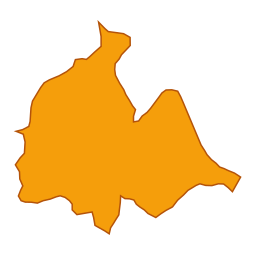 Bonfinópolis, Goiás, Brazil (Mercator projection)
{"feature_id": "56859067B14300569311798", "entity_name": "Bonfinópolis", "entity_type": "district", "adm_level": 2, "iso_a3": "BRA", "parent_name": "Brazil", "parent_adm1": "Goiás", "projection": "mercator", "projection_center": [-49.007, -16.591], "detail": "fine", "context": "isolated", "style": "filled", "palette": "amber", "viewbox_px": 256, "rotation_deg": 0, "n_neighbors": 0, "source": "geoboundaries", "source_scale": "gbopen_adm2", "svg_char_len": 1545}
<svg xmlns="http://www.w3.org/2000/svg" viewBox="0 0 256 256"><path d="M130.1,37.4L123.6,33.7L117.4,32.8L108.3,31.6L105.0,28.7L98.6,22.2L101.1,36.5L101.1,46.4L94.4,52.3L89.6,56.8L86.4,59.4L82.1,58.7L75.4,59.6L73.1,66.5L66.5,71.7L58.9,75.9L55.0,77.5L49.3,79.9L44.2,82.8L40.7,87.5L38.4,91.3L36.0,95.3L32.5,101.1L31.0,107.8L30.1,121.5L28.8,126.4L22.7,129.6L16.1,131.3L23.3,134.2L25.1,142.0L24.4,153.3L20.2,157.8L15.4,164.8L19.5,171.7L19.8,179.0L22.8,185.9L20.6,190.3L18.4,196.0L21.1,200.7L25.3,202.1L31.2,202.2L37.4,203.1L43.2,200.7L50.2,199.1L56.2,196.8L60.2,195.8L65.1,197.4L69.5,200.7L72.2,204.2L72.2,209.9L76.9,214.6L86.2,213.0L92.1,212.0L93.6,217.4L95.0,225.4L104.8,230.9L109.2,233.8L110.6,227.8L113.5,223.4L115.8,219.6L118.8,214.9L119.4,209.7L120.3,202.4L120.6,195.8L124.9,198.6L129.5,198.8L133.9,200.0L136.4,204.3L140.0,207.1L144.3,209.9L148.0,213.5L155.8,217.5L160.8,213.8L166.0,210.4L172.5,206.9L177.6,200.2L183.5,195.0L188.0,190.3L192.0,187.9L196.1,185.4L199.9,183.8L205.6,185.4L211.9,185.6L218.3,183.8L223.6,184.0L228.2,187.6L232.4,191.7L240.6,177.1L234.5,173.1L228.1,170.5L224.1,168.6L219.6,167.0L216.0,163.2L211.5,159.7L207.0,154.7L204.7,150.7L201.1,145.1L183.2,102.6L180.6,96.6L177.7,91.2L171.8,89.8L166.0,90.0L161.9,93.0L159.4,96.5L155.4,101.9L150.7,108.2L147.1,112.4L142.2,116.0L138.6,121.0L133.5,121.9L133.5,116.2L135.5,109.6L132.5,105.8L129.2,100.0L125.8,94.6L123.7,89.6L119.7,83.4L115.5,75.4L114.7,69.5L115.2,63.6L119.1,59.1L121.5,54.7L125.8,50.2L130.2,45.5L130.1,37.4Z" fill="#f59e0b" stroke="#b45309" stroke-width="1.5"/></svg>